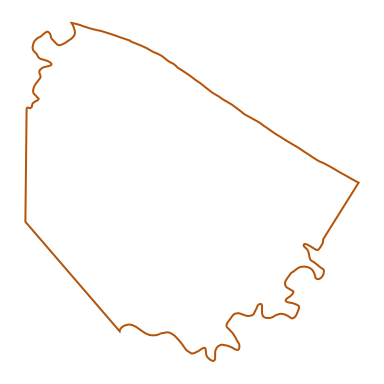 Santa Rosa de Aguan, Colón, Honduras
{"feature_id": "27666195B37116409669852", "entity_name": "Santa Rosa de Aguan", "entity_type": "district", "adm_level": 2, "iso_a3": "HND", "parent_name": "Honduras", "parent_adm1": "Colón", "projection": "mercator", "projection_center": [-85.679, 15.902], "detail": "fine", "context": "isolated", "style": "outline", "palette": "amber", "viewbox_px": 384, "rotation_deg": 0, "n_neighbors": 0, "source": "geoboundaries", "source_scale": "gbopen_adm2", "svg_char_len": 5844}
<svg xmlns="http://www.w3.org/2000/svg" viewBox="0 0 384 384"><path d="M119.7,331.3L119.9,330.1L120.5,328.8L121.5,327.6L122.7,326.6L124.1,325.8L126.1,325.1L128.2,324.6L129.6,324.6L130.9,324.7L132.5,325.2L133.7,325.7L136.1,326.9L136.7,327.3L144.0,332.4L145.0,333.0L146.3,333.7L147.6,334.2L149.0,334.8L150.1,335.1L151.2,335.2L152.6,335.3L153.8,335.3L155.4,335.2L156.9,334.9L158.3,334.6L159.3,334.2L160.3,333.6L160.9,333.4L163.6,333.0L166.2,332.4L166.9,332.4L167.8,332.4L168.7,332.5L169.6,332.7L170.5,333.1L171.8,333.8L173.9,335.2L174.7,335.8L177.3,338.5L179.5,340.9L181.2,343.0L186.3,350.1L189.5,352.3L191.5,353.5L191.9,353.6L192.4,353.5L193.8,353.2L195.1,352.7L198.4,351.1L201.9,348.7L203.1,348.1L204.0,347.9L204.5,347.8L205.0,348.0L205.3,348.3L205.6,349.2L206.1,353.4L206.4,355.1L206.6,355.9L207.1,356.7L207.6,357.3L208.2,358.0L209.1,358.8L210.2,359.7L212.1,360.7L212.7,360.9L213.3,361.0L213.9,360.7L214.3,360.3L214.8,359.6L215.1,358.9L215.1,357.0L215.2,352.1L215.4,350.8L215.9,349.3L216.6,348.0L217.6,346.8L218.7,345.9L219.9,345.3L221.2,344.8L221.9,344.7L224.0,345.0L227.1,345.6L229.6,346.5L231.5,347.3L232.2,347.6L235.1,349.4L236.5,349.8L237.5,349.9L238.1,349.8L238.6,349.4L239.0,348.8L239.2,348.2L239.3,347.6L239.4,346.0L239.2,344.5L239.1,344.0L238.8,343.4L237.2,340.9L235.0,336.7L233.4,334.2L232.5,333.0L228.9,329.1L227.2,327.5L226.7,326.7L226.5,325.8L226.5,325.2L226.6,324.6L226.9,323.7L227.3,322.9L229.4,320.0L232.2,316.2L233.6,314.5L234.2,314.1L235.1,313.7L236.0,313.5L237.3,313.3L238.5,313.2L239.1,313.3L240.4,313.7L244.9,315.3L247.2,316.0L248.2,316.0L249.8,315.8L250.8,315.6L252.0,315.3L252.6,314.9L253.1,314.6L253.6,314.0L254.1,313.2L256.6,308.2L257.4,306.0L258.1,305.0L258.5,304.7L259.4,304.2L260.1,304.0L260.7,303.9L261.1,304.1L261.5,304.4L261.8,305.0L262.0,305.6L262.1,306.2L262.0,309.1L262.0,312.2L262.1,313.5L262.4,314.7L262.7,315.5L263.2,316.3L263.8,316.9L264.6,317.4L265.8,317.8L267.1,318.0L269.1,318.0L270.2,317.9L271.2,317.6L272.4,317.2L273.4,316.7L275.0,315.6L277.5,314.6L279.9,313.9L281.3,313.8L282.2,313.9L283.3,314.1L284.7,314.5L285.9,314.9L288.1,316.1L290.4,317.6L291.6,318.3L292.1,318.3L292.6,318.3L293.1,318.1L293.8,317.8L294.6,317.2L295.2,316.6L295.8,315.8L296.3,315.0L297.7,311.7L298.9,308.5L299.1,307.6L299.1,306.7L298.8,306.1L298.3,305.6L297.7,305.2L296.3,304.5L292.5,303.1L289.5,302.6L287.3,302.1L286.5,301.7L286.0,301.3L285.8,301.0L285.7,300.6L285.8,300.1L286.0,299.6L286.3,299.1L287.4,298.1L288.3,297.5L289.7,296.7L290.8,295.7L292.2,294.3L292.9,293.3L293.3,292.7L293.4,292.0L293.3,291.4L292.8,291.0L289.2,288.8L287.1,287.7L286.6,287.3L286.0,286.5L285.5,285.8L285.3,285.2L285.1,284.5L285.0,283.8L285.0,283.1L285.1,282.3L285.6,280.8L286.2,279.9L288.0,277.2L290.9,273.3L291.4,272.8L291.8,272.5L293.5,271.5L296.7,269.0L298.4,267.8L299.1,267.5L300.3,267.1L301.5,266.8L302.5,266.7L303.6,266.6L304.6,266.6L306.1,266.8L307.4,267.1L308.6,267.5L309.7,268.0L310.7,268.5L311.4,269.1L312.1,269.7L312.6,270.4L313.9,272.5L314.4,273.7L315.0,275.5L315.4,277.2L315.7,277.9L315.9,278.3L316.7,278.8L317.4,279.0L318.1,279.1L318.7,279.1L319.3,278.9L320.2,278.4L320.9,277.9L321.6,277.2L322.3,276.3L322.9,275.4L323.2,274.8L323.7,273.2L323.8,272.1L323.9,271.2L323.8,270.1L323.6,269.6L323.3,269.3L322.8,268.9L320.7,267.6L314.3,262.4L311.9,261.0L311.1,260.4L310.4,259.7L310.1,259.1L309.7,258.1L309.3,256.1L308.7,252.9L308.5,252.2L308.2,251.4L307.5,250.0L306.7,248.9L306.0,248.2L304.8,247.3L304.1,246.4L303.8,246.0L303.7,245.6L303.7,245.1L303.8,244.7L304.2,244.2L304.4,244.1L304.7,244.0L305.6,244.1L306.9,244.5L310.3,246.2L314.1,248.6L315.6,249.5L316.6,249.9L317.3,250.0L317.8,249.9L318.4,249.6L319.1,248.8L320.7,246.8L321.7,244.8L322.4,243.7L322.7,243.3L323.1,241.1L323.2,239.2L358.6,182.7L352.5,179.4L338.6,171.6L333.9,168.8L330.1,166.6L324.3,163.5L322.1,162.5L319.4,161.4L317.6,160.4L312.9,157.4L307.7,153.9L303.6,151.3L299.1,148.2L286.4,140.7L282.7,138.3L275.5,133.9L273.3,132.4L266.5,127.6L263.2,125.4L261.2,123.8L259.8,122.8L257.4,121.4L247.8,116.1L244.7,114.4L243.5,113.5L240.4,111.0L232.0,104.7L222.3,99.0L219.2,96.7L215.7,94.7L212.3,92.6L208.6,89.8L200.2,83.1L196.0,80.3L191.4,76.8L186.9,73.6L181.6,70.1L178.0,67.8L177.4,67.4L175.7,65.6L173.8,64.1L173.0,63.6L170.5,62.4L168.2,61.0L167.3,60.4L165.3,58.7L163.0,56.9L161.5,55.8L160.3,55.1L156.7,53.3L153.6,52.1L151.9,51.2L148.0,48.9L145.7,47.7L140.4,45.3L131.8,41.9L130.9,41.4L130.0,40.7L129.3,40.4L120.7,37.5L117.1,36.2L113.8,35.0L102.5,31.4L100.4,30.8L97.1,30.2L90.0,28.4L82.2,25.9L80.4,25.1L79.3,24.8L74.5,23.5L71.6,23.0L72.5,24.5L72.9,25.2L73.6,27.1L74.5,29.7L74.8,31.2L74.9,32.4L74.9,33.5L74.6,34.5L74.3,35.3L73.7,36.2L73.0,37.1L72.1,38.0L70.5,39.3L68.3,40.7L65.0,43.1L63.8,43.6L61.6,44.7L60.4,45.0L59.5,45.2L58.8,45.1L58.2,45.0L57.6,44.7L56.9,44.2L56.3,43.6L51.6,38.7L51.3,38.2L51.0,37.3L50.6,35.2L50.1,33.9L49.4,33.0L48.6,32.2L47.9,31.8L47.4,31.7L46.8,31.8L45.5,32.5L43.4,34.1L42.0,35.4L41.1,36.3L37.8,38.0L37.1,38.5L36.0,39.5L34.9,40.6L34.1,41.7L33.6,42.9L33.0,45.2L32.7,46.6L32.6,47.9L32.8,48.9L33.1,49.9L33.4,50.5L34.0,51.3L35.5,52.7L36.3,53.6L37.0,54.7L37.8,56.3L38.7,57.5L39.7,58.4L40.7,58.9L42.7,59.5L46.5,60.6L48.5,61.4L49.8,62.2L50.6,62.8L51.3,63.6L51.4,64.0L51.5,64.4L51.4,64.7L51.1,65.1L50.6,65.4L50.1,65.6L48.2,66.2L44.8,66.9L43.7,67.3L42.7,67.7L41.9,68.2L40.7,69.2L40.1,69.8L39.7,70.4L39.5,70.8L39.4,71.3L39.4,72.4L39.6,73.4L40.4,75.7L40.5,77.0L40.5,77.4L40.2,78.0L39.4,79.0L36.4,82.9L35.3,84.6L34.7,85.5L34.0,87.0L33.5,88.5L33.3,89.4L33.1,90.9L33.2,91.7L33.3,92.4L33.5,93.1L33.9,93.7L34.3,94.2L35.6,95.4L37.3,97.3L38.4,98.3L38.6,98.7L38.5,99.1L38.2,99.7L37.4,100.4L36.6,100.8L35.4,101.3L33.5,102.7L32.9,103.1L32.6,103.6L32.4,104.1L32.1,105.2L31.9,106.6L31.4,107.2L30.6,107.8L30.2,108.2L29.8,108.2L29.4,108.1L28.6,107.7L27.9,107.6L27.6,107.6L27.3,107.7L27.0,107.9L26.8,108.3L26.6,108.6L25.4,221.8L119.7,331.3Z" fill="none" stroke="#b45309" stroke-width="2"/></svg>